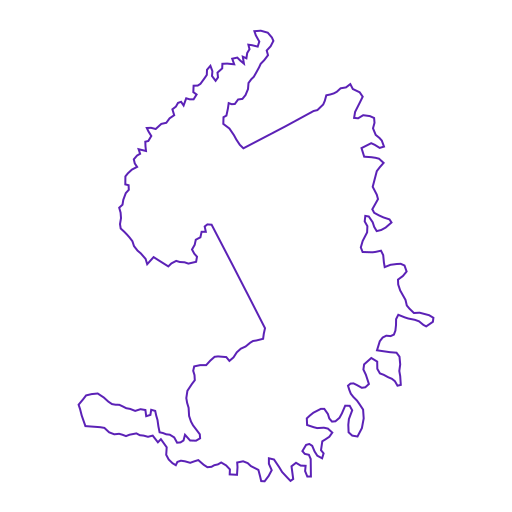 outline of Barbosa Ferraz, Paraná, Brazil
{"feature_id": "56859067B3307529772083", "entity_name": "Barbosa Ferraz", "entity_type": "district", "adm_level": 2, "iso_a3": "BRA", "parent_name": "Brazil", "parent_adm1": "Paraná", "projection": "equal_earth", "projection_center": [-52.053, -24.072], "detail": "fine", "context": "isolated", "style": "outline", "palette": "violet", "viewbox_px": 512, "rotation_deg": 0, "n_neighbors": 0, "source": "geoboundaries", "source_scale": "gbopen_adm2", "svg_char_len": 5371}
<svg xmlns="http://www.w3.org/2000/svg" viewBox="0 0 512 512"><path d="M350.3,84.1L346.0,87.4L340.6,88.3L336.8,91.8L333.8,93.4L330.2,94.5L326.3,95.3L324.8,100.8L323.2,104.5L320.7,106.9L317.4,110.1L313.6,111.0L285.5,126.3L243.4,148.3L239.8,144.8L236.3,139.5L233.9,135.1L229.4,128.5L223.3,123.9L223.5,117.2L226.4,115.6L227.9,108.6L228.7,103.1L231.7,104.2L234.8,104.0L238.1,99.5L242.4,98.9L245.5,95.1L248.0,89.1L248.5,83.0L251.3,79.2L253.8,76.8L256.3,72.4L259.1,67.3L260.7,63.8L264.2,60.2L268.0,55.2L266.7,50.5L270.6,46.3L273.4,40.9L271.9,37.5L267.8,32.7L260.8,30.7L254.4,31.2L255.8,35.3L259.3,41.6L257.7,46.6L252.0,45.2L248.4,44.7L249.5,49.2L247.2,53.0L246.4,58.3L242.8,56.7L243.9,63.6L240.4,60.7L237.3,57.6L232.2,58.7L234.2,64.3L227.2,63.6L222.4,63.8L222.2,68.4L217.5,72.6L218.0,77.4L215.6,80.8L212.0,76.0L212.4,71.2L210.4,65.8L207.0,69.8L206.8,74.9L204.7,78.0L200.4,83.9L197.7,85.6L193.6,85.7L193.3,92.1L196.6,94.5L193.6,99.3L189.6,99.3L186.2,98.3L183.6,105.5L181.1,101.8L178.0,102.9L175.9,106.6L172.4,109.3L174.2,115.2L169.6,118.3L166.3,122.8L161.3,123.9L155.7,129.0L151.0,127.8L146.8,128.0L148.5,131.5L151.3,136.0L148.3,141.0L145.3,141.7L145.5,146.5L146.0,151.0L138.6,149.2L140.1,153.8L137.1,155.5L133.8,159.3L134.8,163.5L137.1,166.9L131.9,169.6L127.9,173.3L125.4,176.4L125.3,184.4L128.6,185.2L128.8,189.8L125.8,193.1L123.3,199.8L122.5,204.7L119.2,207.7L120.6,212.7L121.0,218.1L120.0,224.1L120.7,228.5L124.2,231.7L127.1,234.7L129.4,237.3L132.4,241.2L134.0,246.1L137.5,250.6L140.8,253.4L145.6,258.9L147.2,264.2L153.6,257.1L157.8,259.8L168.3,266.4L171.4,263.4L176.2,260.9L179.8,262.0L184.6,262.3L188.4,263.6L191.4,262.9L196.1,261.8L197.0,256.7L194.3,253.7L192.0,249.5L194.7,244.8L195.8,239.7L200.4,237.3L201.6,231.8L205.8,231.8L204.7,226.5L207.4,224.4L211.6,224.7L232.8,265.4L245.4,289.9L247.9,294.7L265.0,328.2L263.8,333.7L263.1,338.8L256.3,340.5L253.0,341.0L250.2,342.7L245.6,346.5L240.8,348.7L236.8,352.3L233.5,357.4L229.4,360.9L226.3,357.1L218.0,356.4L214.6,356.8L210.3,360.6L206.2,365.1L200.3,365.1L194.2,366.4L193.2,370.8L194.5,375.1L194.8,380.2L191.9,384.0L187.4,390.8L186.3,398.1L187.1,402.8L188.6,407.8L189.1,416.0L191.0,421.6L193.0,425.3L196.8,430.3L199.8,434.3L200.1,438.3L196.0,440.7L190.1,440.5L185.0,434.8L183.5,440.5L180.5,442.4L177.1,442.7L174.2,437.4L169.8,434.7L166.2,434.3L162.9,433.0L159.6,432.3L158.4,426.4L157.5,420.0L156.2,415.5L155.2,410.9L151.2,409.8L150.4,414.9L146.2,416.2L145.4,410.0L140.5,409.2L135.2,410.9L130.1,408.9L126.2,408.2L122.9,406.5L119.3,404.8L115.4,404.7L112.0,404.1L108.3,401.6L103.8,397.5L97.7,393.5L91.6,394.1L86.1,395.4L83.2,399.2L78.6,404.7L80.1,409.2L81.7,415.5L85.4,426.1L100.3,427.2L104.4,427.9L109.1,432.3L114.3,434.3L119.1,433.8L122.3,434.7L126.0,436.1L129.6,434.7L136.4,433.4L139.8,435.2L143.6,435.6L148.0,436.8L152.7,435.6L157.9,442.3L160.9,439.2L166.7,447.3L166.2,454.8L168.7,459.5L172.5,463.2L175.8,465.2L177.4,461.9L180.9,460.7L184.9,461.3L190.2,462.8L194.4,461.3L198.3,460.1L203.7,464.8L207.4,467.2L211.5,466.8L214.3,465.2L217.9,464.4L221.2,462.5L226.1,465.4L229.9,469.4L229.7,474.4L237.0,474.8L237.5,467.1L237.2,462.5L243.1,461.3L247.7,463.1L250.9,466.1L258.4,469.9L260.1,476.4L261.2,481.1L264.6,481.3L268.6,476.0L271.7,470.2L268.9,463.8L268.9,458.3L274.0,459.5L279.2,467.2L282.1,472.0L287.5,477.8L290.5,480.9L293.2,479.0L291.5,466.3L296.0,462.8L300.7,465.6L305.6,465.8L305.1,471.1L307.3,476.5L310.9,476.5L310.7,459.0L308.9,454.8L304.8,453.9L302.4,451.1L306.1,444.9L309.3,444.0L312.2,445.8L314.6,451.5L317.3,455.7L322.1,458.3L323.6,453.4L321.0,450.2L322.3,441.3L325.4,439.4L329.3,436.8L332.3,432.6L327.9,428.6L323.9,427.7L317.2,428.1L313.7,427.2L307.1,425.0L306.8,418.4L309.9,415.5L313.4,412.7L320.8,408.9L324.3,408.9L327.9,414.0L329.3,418.5L332.0,421.6L335.4,421.3L339.5,417.8L341.9,413.4L345.2,405.7L349.7,405.8L352.2,410.3L348.9,419.1L348.3,424.8L348.6,432.3L352.2,435.6L357.5,436.5L361.9,428.1L363.7,418.4L363.1,409.6L359.4,404.0L357.0,400.6L353.4,397.0L350.8,393.7L349.3,389.9L348.0,385.7L350.5,383.6L353.5,383.4L357.0,385.1L361.8,387.8L365.3,387.3L368.9,384.0L365.9,374.8L363.4,369.5L364.1,364.4L371.3,358.0L377.2,361.6L377.3,368.8L379.9,373.4L383.7,374.8L388.1,377.2L391.9,378.8L394.9,381.2L397.5,385.7L400.8,384.9L400.2,376.1L399.3,371.0L400.2,364.4L399.5,356.7L396.5,352.7L390.0,352.2L377.0,350.3L379.8,341.2L382.7,337.5L386.3,335.7L390.6,336.1L393.9,334.6L395.4,330.6L396.0,325.1L396.1,319.1L398.3,314.8L404.8,317.4L408.2,318.5L414.8,319.8L419.0,321.3L423.4,324.9L426.2,326.4L432.9,321.8L433.4,317.8L429.1,315.2L419.6,312.7L413.9,313.0L409.4,308.6L406.8,305.5L405.5,299.9L400.2,290.5L398.2,284.5L398.0,279.6L403.0,275.9L406.6,271.5L404.5,265.5L400.7,263.8L396.8,264.0L390.5,264.8L384.7,267.1L383.9,262.4L383.2,255.1L381.0,250.7L375.6,251.9L372.5,252.3L362.6,252.0L360.8,247.4L362.7,240.9L367.1,232.4L367.4,226.2L364.7,221.4L365.3,215.9L368.8,216.5L372.7,222.3L374.2,226.9L376.7,231.1L381.2,230.0L385.6,227.6L391.5,222.5L389.5,219.4L383.4,217.4L379.0,215.4L374.2,212.8L372.3,209.3L378.0,199.1L376.8,194.7L372.7,186.8L376.8,171.1L379.8,167.2L383.6,162.9L379.0,158.7L375.5,157.8L371.4,157.2L364.2,156.7L361.5,148.1L371.2,143.2L374.7,144.8L379.7,147.9L384.0,146.6L381.8,140.6L379.5,138.0L375.7,134.9L373.0,128.3L374.5,122.8L374.1,118.0L369.9,116.1L363.2,115.2L358.1,118.3L354.1,117.9L355.1,111.9L360.0,102.2L362.7,96.7L359.7,92.3L352.8,89.0L350.3,84.1Z" fill="none" stroke="#5b21b6" stroke-width="2"/></svg>